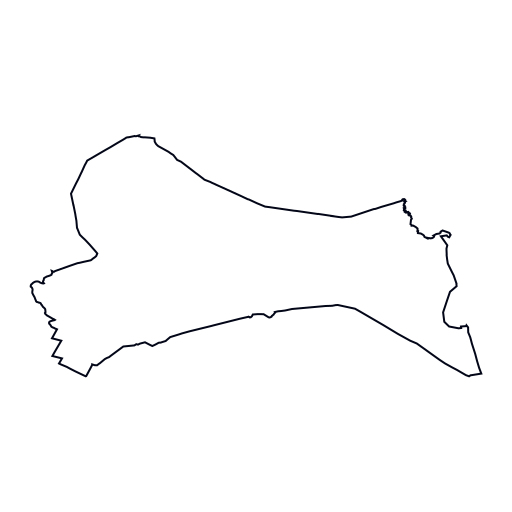 the district of Puzes pag., Ventspils, Latvia
{"feature_id": "27541924B95248951242088", "entity_name": "Puzes pag.", "entity_type": "district", "adm_level": 2, "iso_a3": "LVA", "parent_name": "Latvia", "parent_adm1": "Ventspils", "projection": "equal_earth", "projection_center": [22.107, 57.369], "detail": "fine", "context": "isolated", "style": "outline", "palette": "ink", "viewbox_px": 512, "rotation_deg": 0, "n_neighbors": 0, "source": "geoboundaries", "source_scale": "gbopen_adm2", "svg_char_len": 5606}
<svg xmlns="http://www.w3.org/2000/svg" viewBox="0 0 512 512"><path d="M197.0,173.9L196.1,173.3L181.0,161.7L177.1,159.9L173.3,155.0L170.7,153.4L168.5,151.8L158.2,146.1L157.0,145.0L156.0,143.9L154.7,141.6L154.6,139.9L154.4,138.4L150.1,137.7L149.9,137.7L144.6,137.3L143.0,137.3L141.2,137.1L140.6,136.9L139.9,136.4L138.7,136.3L138.0,135.8L137.8,135.8L137.9,135.7L136.2,136.2L135.0,136.2L134.7,136.0L128.5,137.3L128.2,137.2L126.3,137.6L125.5,138.2L122.9,139.8L117.2,143.1L110.2,147.3L106.1,149.6L87.2,160.6L86.1,162.8L84.8,165.1L81.5,172.4L81.4,172.5L79.8,175.9L78.3,179.1L76.1,183.3L71.0,193.7L73.4,205.2L73.5,205.2L75.3,214.2L75.5,215.6L76.4,220.8L77.0,227.9L77.1,228.0L79.8,234.7L82.5,237.4L85.0,239.7L89.8,244.8L95.4,251.2L97.3,253.5L96.2,256.1L94.3,257.7L93.8,257.9L91.1,260.1L90.3,260.4L83.8,261.8L79.6,262.8L77.4,263.2L69.3,266.0L55.0,271.1L54.0,271.8L52.8,271.8L52.5,271.2L51.8,270.9L51.9,271.2L52.3,272.6L52.3,272.9L52.2,273.2L51.8,273.6L51.6,274.3L51.5,274.7L50.7,275.2L49.2,275.8L46.6,276.6L45.5,277.3L44.5,277.8L44.1,278.1L44.0,278.3L43.6,280.4L43.2,280.9L43.0,281.6L43.0,281.9L43.2,282.4L43.9,283.3L43.3,283.5L41.7,283.2L40.2,282.6L39.2,281.9L38.5,281.6L37.2,281.4L35.9,281.5L34.9,281.8L34.4,282.0L33.6,282.5L32.8,283.0L32.1,283.8L31.2,284.5L30.8,285.4L30.7,286.6L31.9,287.6L32.5,289.0L32.6,289.9L32.5,290.3L32.3,291.6L32.3,293.0L32.6,293.6L33.4,295.2L34.6,297.3L35.4,299.5L35.8,300.3L36.1,301.3L36.7,301.9L37.9,302.2L38.7,302.6L39.6,302.7L40.2,303.0L40.5,303.1L41.0,303.9L41.3,304.6L42.0,305.2L42.2,305.7L43.0,306.9L44.3,308.0L45.1,309.0L45.2,309.3L45.3,309.8L45.5,312.2L45.1,312.6L45.0,312.8L44.9,313.0L45.3,313.9L45.5,314.1L46.0,314.5L46.9,315.4L49.4,316.8L50.2,317.3L51.3,317.9L52.6,318.7L54.0,319.3L54.9,319.9L54.6,320.1L54.2,320.2L52.9,320.5L51.1,321.0L49.7,321.6L49.3,322.0L49.1,322.4L49.1,323.4L49.2,323.7L50.1,324.6L50.8,325.6L51.3,326.6L52.4,327.3L54.2,328.0L55.2,328.6L56.1,328.9L57.0,329.3L52.0,338.3L61.3,340.7L54.6,352.1L52.4,356.0L62.0,358.4L59.0,363.5L60.6,364.3L66.8,366.9L70.1,368.7L75.4,371.4L85.7,376.3L86.2,376.1L90.1,368.9L92.2,364.9L92.2,364.4L94.7,365.2L97.0,365.3L98.2,364.4L98.8,363.9L99.9,363.2L104.8,359.1L106.8,358.0L109.1,357.1L110.6,355.9L123.3,346.5L134.4,345.4L136.3,344.2L138.0,344.6L140.0,343.6L145.0,342.3L150.0,344.9L152.3,346.0L154.3,345.1L155.9,344.3L158.6,342.8L159.0,342.7L160.7,342.6L162.1,342.1L165.7,341.0L166.3,340.4L170.2,337.1L179.0,334.4L182.0,333.4L189.6,331.3L211.2,326.0L213.8,325.3L240.0,318.7L248.4,316.8L248.6,316.8L249.0,317.0L249.0,316.9L250.2,317.3L250.7,317.3L251.9,316.3L252.8,314.5L258.0,314.1L263.6,314.2L268.6,317.3L269.6,317.5L270.8,317.1L271.6,316.6L271.8,316.0L272.0,315.8L272.5,315.5L272.9,315.1L273.7,314.5L274.0,313.9L274.5,313.2L275.2,312.6L275.2,312.3L275.0,312.0L278.0,311.3L281.3,311.0L285.1,310.5L292.0,309.0L325.6,306.0L332.1,305.8L335.7,305.1L337.8,305.0L355.0,308.7L360.3,311.7L383.5,325.2L397.9,333.9L410.2,340.7L416.8,343.5L439.7,359.9L445.1,363.5L452.5,367.6L456.9,369.9L466.0,375.2L469.1,376.3L470.5,375.3L472.0,375.1L481.3,373.6L479.1,367.8L477.1,361.1L475.2,353.9L471.9,343.6L470.9,339.7L470.2,337.2L468.2,332.3L468.1,327.4L466.5,325.4L466.3,326.1L461.0,326.5L461.2,328.0L458.6,328.3L449.1,326.5L444.3,321.8L443.1,312.4L446.8,301.2L450.0,291.8L456.6,286.2L456.4,283.8L456.5,283.6L456.2,282.7L453.7,275.4L451.9,271.9L447.8,263.6L447.1,259.2L446.6,254.9L446.7,254.6L446.5,249.8L446.5,248.5L447.3,245.3L440.9,236.3L446.7,235.4L447.8,236.7L448.1,236.8L449.2,237.3L450.6,234.9L450.3,234.5L450.1,234.4L449.8,233.4L448.9,232.7L446.4,231.8L442.6,230.5L440.6,231.7L440.6,232.6L439.5,233.5L436.4,234.0L433.6,235.5L434.0,235.7L434.0,235.9L434.0,236.2L434.1,236.3L434.1,236.6L433.9,236.9L433.4,237.3L433.1,237.6L432.1,238.1L431.6,238.1L430.8,238.4L430.1,238.2L429.5,238.1L428.4,238.5L427.9,238.6L427.5,238.5L427.0,238.2L427.3,237.8L425.4,237.4L424.5,236.9L424.4,236.8L424.3,236.5L424.0,235.6L422.9,234.7L420.8,233.5L417.9,233.1L417.9,232.9L418.1,231.1L417.4,231.1L417.6,229.1L417.5,228.5L415.7,227.0L413.2,225.6L411.8,225.7L411.9,225.3L411.8,225.2L411.0,224.7L410.5,224.2L411.0,219.8L411.8,218.7L411.1,217.5L411.3,216.9L410.7,215.7L409.7,215.5L409.0,215.4L408.8,215.1L408.4,214.8L408.4,214.6L408.6,214.5L409.8,214.2L410.0,213.5L409.6,213.2L408.8,213.2L408.1,212.9L408.6,212.3L408.3,211.9L407.7,212.0L407.5,212.5L407.3,212.7L407.1,212.7L406.5,212.2L406.4,212.2L406.4,212.3L406.4,212.5L406.1,212.5L405.9,212.3L405.6,212.5L405.2,212.2L405.8,211.9L405.3,211.3L405.3,211.2L405.8,210.9L405.7,210.7L405.1,210.8L404.6,211.1L404.4,210.9L404.3,210.7L403.8,210.3L403.9,209.9L404.1,209.2L404.5,209.2L404.4,208.9L404.6,208.5L404.0,208.4L403.8,208.1L404.2,207.9L404.7,208.1L405.3,208.1L405.3,207.7L404.8,207.8L404.8,207.5L404.3,207.4L404.2,207.4L404.3,207.1L404.4,206.6L404.1,206.2L404.7,206.1L404.8,206.1L404.7,205.7L404.2,205.4L403.8,204.8L403.8,204.2L404.2,203.7L404.6,203.4L404.7,202.8L405.0,202.6L405.0,202.3L404.5,202.1L404.4,201.9L404.7,201.8L405.1,201.7L405.7,201.3L405.2,201.0L404.9,200.7L404.9,200.4L405.1,200.1L405.0,199.9L404.8,199.7L404.7,199.6L404.1,199.7L403.9,199.5L403.8,199.4L404.5,199.2L404.4,199.1L404.1,199.1L403.2,199.1L402.9,199.2L402.6,199.4L402.7,199.7L402.6,199.9L402.7,200.3L402.6,200.5L401.8,200.4L401.6,200.7L400.8,201.1L396.3,202.4L393.7,203.3L381.3,206.9L375.4,208.9L373.7,209.1L351.2,216.6L342.1,217.4L338.7,217.0L332.2,216.1L332.3,216.0L318.1,213.9L317.8,214.0L297.0,211.0L293.9,210.7L269.8,207.2L265.1,206.6L257.1,203.3L248.9,199.5L247.7,199.2L240.1,195.6L215.2,184.3L215.1,184.2L211.9,182.8L210.4,182.0L204.7,179.8L204.2,179.5L203.5,178.9L197.0,173.9Z" fill="none" stroke="#020617" stroke-width="2"/></svg>